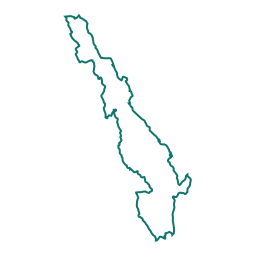 outline of Kayin
{"feature_id": "MMR-3266", "entity_name": "Kayin", "entity_type": "State", "adm_level": 1, "iso_a3": "MMR", "parent_name": "Myanmar", "parent_adm1": "", "projection": "albers", "projection_center": [97.58, 17.357], "detail": "fine", "context": "isolated", "style": "outline", "palette": "teal", "viewbox_px": 256, "rotation_deg": 0, "n_neighbors": 0, "source": "natural_earth", "source_scale": "10m", "svg_char_len": 5820}
<svg xmlns="http://www.w3.org/2000/svg" viewBox="0 0 256 256"><path d="M113.6,65.3L112.5,65.2L112.8,65.8L113.9,66.8L114.4,67.8L114.6,68.6L115.8,71.0L117.1,73.0L117.2,75.4L117.5,76.7L118.2,77.8L119.2,78.8L121.3,80.3L121.8,79.9L122.0,79.5L122.9,76.9L123.6,76.7L126.8,78.1L127.1,78.9L127.1,79.8L126.7,80.7L125.9,81.0L125.8,81.5L126.4,82.6L129.1,86.5L129.3,87.9L129.7,88.9L129.9,89.5L129.5,90.5L129.6,91.0L130.0,91.0L130.9,91.4L131.9,94.1L132.3,94.6L132.6,95.9L132.3,96.3L130.9,97.2L129.2,100.5L129.9,103.0L128.7,103.2L129.1,103.9L130.2,105.0L130.8,106.4L132.0,107.4L132.4,107.9L132.6,109.7L132.9,110.5L133.4,111.1L141.7,118.9L144.1,120.3L144.6,120.8L144.8,121.6L145.9,123.3L146.8,125.5L147.5,126.2L149.5,127.2L149.8,128.0L149.6,129.7L149.7,130.4L154.4,135.0L156.1,136.3L157.9,138.9L159.1,139.6L158.7,140.1L158.4,140.7L158.5,141.2L159.8,141.2L159.9,141.6L159.4,142.2L160.1,143.4L160.8,144.1L161.7,144.4L164.2,144.4L165.2,144.7L166.1,145.3L167.0,146.2L168.4,148.7L168.9,149.4L169.2,150.1L169.3,151.0L169.5,151.8L170.7,152.4L171.5,154.7L170.9,154.2L170.3,154.0L169.9,154.3L169.8,155.1L170.0,155.7L170.9,156.2L171.3,156.6L171.2,157.2L170.5,157.8L169.7,158.3L169.0,158.6L168.4,159.4L168.0,160.4L168.1,161.4L169.6,162.5L170.2,164.6L170.9,165.6L172.7,166.8L173.4,167.8L173.7,168.8L173.6,170.4L177.0,175.0L177.4,176.0L177.3,176.5L176.8,177.6L176.9,178.2L177.6,179.7L178.3,183.5L178.6,184.3L179.6,185.0L180.4,184.4L181.9,182.1L185.0,179.7L185.6,178.4L186.0,176.2L186.4,175.4L187.5,174.5L187.7,176.3L188.7,177.2L189.8,178.0L190.7,179.2L190.8,180.2L190.3,182.5L190.0,184.9L189.8,185.7L187.8,188.4L187.4,189.4L187.4,191.7L187.2,192.2L186.0,193.5L185.5,193.9L184.8,194.0L184.1,193.4L183.5,193.1L180.4,192.7L179.5,192.8L178.5,193.3L177.7,195.2L177.0,196.3L176.5,196.7L176.1,197.0L175.0,197.0L173.3,196.5L172.8,196.9L173.0,197.6L174.4,199.6L174.7,200.6L174.0,203.6L174.0,204.9L174.4,207.1L174.3,208.1L172.7,213.4L172.6,214.6L172.9,217.4L172.8,220.4L174.0,228.3L174.1,230.9L173.7,233.4L172.3,234.9L172.2,233.8L171.4,233.0L169.3,231.9L167.6,232.8L165.7,233.2L165.4,233.4L165.4,233.8L165.6,234.7L165.5,235.2L164.7,235.8L164.4,236.5L165.2,237.1L165.3,237.4L165.2,238.5L164.8,238.6L164.1,238.3L162.3,237.3L161.4,236.9L160.2,236.7L159.6,236.9L157.8,239.5L157.1,240.2L156.2,240.6L155.8,240.6L155.9,239.0L155.8,238.4L154.9,236.3L153.1,235.0L151.7,233.2L150.1,230.2L149.1,229.3L147.4,225.8L146.0,224.2L145.1,222.5L142.8,220.3L142.6,218.9L142.4,218.5L141.6,218.1L140.4,217.1L138.9,216.7L138.6,216.2L138.5,215.5L138.8,214.6L139.4,213.9L139.4,213.4L139.0,212.6L138.8,211.4L138.3,210.6L138.3,209.4L137.1,207.2L136.8,205.0L136.8,204.0L137.1,203.2L137.0,201.3L137.4,200.4L137.5,199.3L138.1,198.3L138.3,197.5L138.2,197.2L137.7,196.4L137.3,195.0L136.1,193.0L136.2,192.5L138.4,192.2L141.2,192.2L143.3,191.6L145.4,191.5L145.8,191.6L147.0,192.4L149.0,193.0L149.1,192.9L149.8,192.0L151.8,191.0L152.1,190.5L152.0,189.4L150.4,187.9L149.9,187.1L149.4,186.7L149.4,185.6L149.0,184.6L148.3,184.1L147.1,182.6L145.9,182.1L145.4,181.7L145.2,181.2L145.0,179.3L144.4,177.1L144.1,177.0L143.2,177.4L141.9,177.3L141.0,176.9L140.8,176.5L140.4,175.4L140.1,175.0L139.5,174.6L138.4,174.2L138.0,173.9L137.5,172.6L137.7,171.4L137.3,171.2L135.3,172.1L134.3,172.3L132.0,170.1L131.4,169.4L130.6,169.0L130.1,169.4L130.0,168.2L129.7,167.9L128.7,168.1L128.0,168.0L127.7,167.8L126.8,166.7L126.9,166.0L126.7,165.4L125.6,164.9L124.6,163.8L122.8,161.3L122.5,159.3L122.5,157.9L121.7,156.9L121.6,155.4L120.6,154.5L119.7,152.9L119.8,152.1L119.7,151.1L119.8,149.8L118.5,147.9L118.3,146.2L118.4,145.5L119.1,145.4L119.5,144.8L119.6,144.4L119.2,143.5L119.2,143.0L120.0,142.6L120.4,141.6L120.9,141.3L121.5,140.3L120.3,137.1L120.9,136.3L121.0,135.8L120.1,132.7L120.1,132.4L121.0,131.4L120.9,131.0L120.3,129.6L119.7,129.0L119.0,127.5L118.5,126.9L118.0,125.0L117.8,123.9L117.1,122.4L117.8,119.2L117.7,118.8L117.2,118.3L116.2,117.8L115.5,117.1L114.1,113.6L114.1,113.1L114.4,112.0L114.6,111.7L115.7,110.9L116.0,110.5L115.9,109.7L115.7,109.5L115.4,109.6L115.2,110.0L114.3,109.7L113.7,109.9L113.6,110.3L113.7,111.3L112.8,112.1L112.1,113.3L111.8,114.7L111.2,115.8L109.6,115.3L109.1,115.3L108.3,116.3L107.4,116.9L107.3,118.1L107.1,118.2L106.5,118.2L105.5,117.4L105.7,114.2L104.1,109.9L103.7,108.0L104.7,106.5L104.9,105.5L105.0,103.7L104.8,103.3L104.0,102.8L103.8,102.4L103.7,101.1L101.5,96.5L101.4,96.0L101.4,95.6L101.6,95.0L102.6,93.8L103.2,92.6L103.6,92.1L104.2,90.8L104.4,88.8L105.2,87.1L105.1,86.2L102.7,84.3L101.9,83.3L102.0,80.5L101.4,78.2L101.0,77.7L100.7,77.5L100.1,77.7L99.3,79.0L99.0,79.0L98.5,78.8L98.1,78.2L98.2,77.1L98.1,76.7L97.9,76.4L97.0,75.4L95.3,74.6L94.5,73.6L93.8,72.3L93.5,71.1L94.0,69.7L94.0,68.6L94.4,66.8L94.4,65.8L94.1,64.6L94.1,63.2L93.7,62.3L92.8,61.6L92.5,60.5L91.9,60.2L91.5,60.2L89.1,60.9L86.0,62.5L85.6,62.6L83.5,62.0L82.0,61.3L81.4,61.4L80.1,62.3L79.5,62.1L79.0,60.7L78.1,59.7L77.2,57.2L75.8,54.7L75.9,53.8L77.2,52.3L77.1,51.6L75.9,49.7L75.8,49.0L76.0,48.5L76.4,48.0L79.0,46.2L79.3,45.6L79.0,45.1L78.5,44.7L77.7,43.1L76.2,41.7L74.6,40.6L72.7,38.7L71.4,36.7L70.9,35.0L70.5,34.9L70.3,33.9L72.1,32.3L72.1,32.0L72.0,31.7L71.4,31.4L71.1,31.1L70.2,28.4L69.5,27.5L69.0,26.2L68.4,25.5L68.3,25.2L68.5,23.3L68.4,22.8L68.3,22.4L67.1,21.4L66.4,20.4L66.3,19.9L66.5,18.7L66.5,18.3L65.2,16.6L70.5,16.1L71.5,16.3L72.5,16.7L74.4,17.2L74.6,17.5L74.4,18.3L74.8,18.7L76.9,17.7L77.8,16.7L78.3,16.2L78.9,15.4L79.9,16.9L80.4,18.0L81.3,18.2L82.4,18.7L86.2,21.3L87.5,23.8L87.1,24.7L86.9,27.8L87.0,28.4L88.0,30.8L88.3,32.4L88.4,32.7L89.4,33.3L90.4,33.7L91.7,35.3L92.3,36.9L92.9,37.9L92.8,38.6L93.0,39.9L93.3,41.0L93.3,42.2L93.8,43.9L94.2,44.6L95.6,46.2L95.8,46.7L95.5,47.7L95.6,48.1L96.6,48.9L97.7,50.6L97.8,51.7L100.7,57.3L101.1,57.9L101.3,57.9L102.3,57.8L103.8,58.2L105.6,58.3L110.0,58.2L110.8,58.5L111.2,59.2L111.6,60.3L112.3,61.4L113.6,65.3Z" fill="none" stroke="#0f766e" stroke-width="2"/></svg>